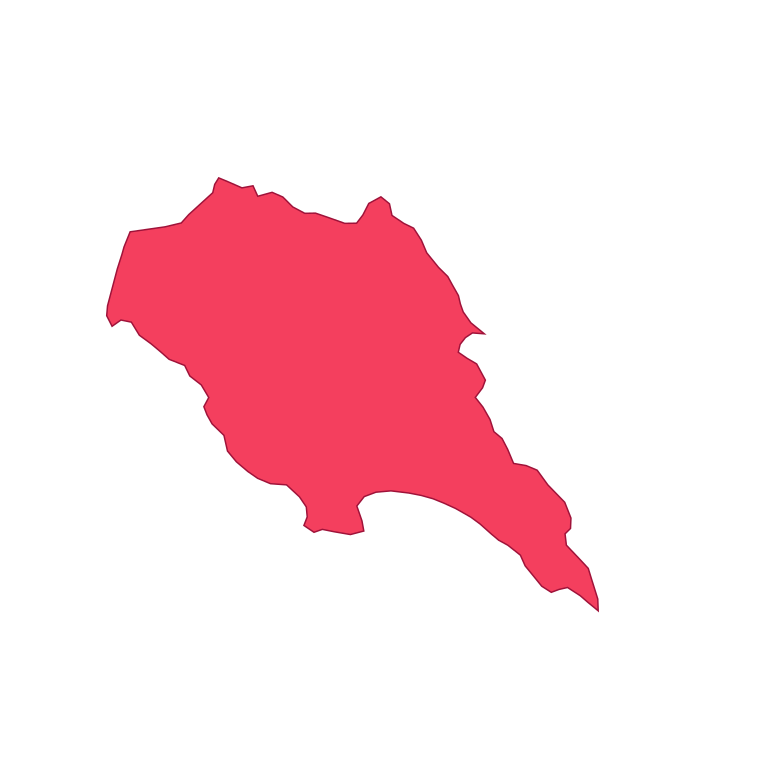 Garopaba, Santa Catarina, Brazil, rotated 118°
{"feature_id": "56859067B6248133710185", "entity_name": "Garopaba", "entity_type": "district", "adm_level": 2, "iso_a3": "BRA", "parent_name": "Brazil", "parent_adm1": "Santa Catarina", "projection": "equal_earth", "projection_center": [-48.655, -28.032], "detail": "fine", "context": "isolated", "style": "filled", "palette": "rose", "viewbox_px": 768, "rotation_deg": 118, "n_neighbors": 0, "source": "geoboundaries", "source_scale": "gbopen_adm2", "svg_char_len": 1669}
<svg xmlns="http://www.w3.org/2000/svg" viewBox="0 0 768 768"><g transform="rotate(118 384 384)"><path d="M453.9,660.9L460.7,651.2L451.0,646.3L448.0,636.1L455.8,622.9L457.9,608.3L460.4,596.6L463.1,585.3L461.2,568.7L468.1,559.2L470.6,544.9L478.2,532.4L488.6,532.4L494.3,525.8L499.9,517.1L504.5,501.2L516.7,490.7L522.0,477.8L525.2,463.1L526.6,451.2L525.3,437.4L518.8,422.7L523.3,405.7L529.0,394.9L537.4,389.4L546.5,388.3L547.8,376.2L541.3,370.2L537.9,358.8L532.7,343.0L523.3,332.8L515.2,339.2L504.5,350.7L492.7,348.6L483.3,340.3L475.1,327.7L468.6,310.9L464.9,298.8L462.3,286.9L461.1,275.4L460.3,262.5L460.8,244.8L462.5,233.4L466.0,219.1L468.1,209.3L468.2,199.1L471.1,183.2L478.3,174.0L482.9,163.0L488.5,149.8L489.4,138.5L483.2,133.0L477.5,126.4L478.8,111.3L481.1,101.3L483.7,88.4L473.5,94.3L464.9,103.0L458.4,109.6L450.9,117.1L446.4,130.2L440.7,147.3L431.3,153.8L424.0,151.5L414.6,156.0L403.6,168.9L396.2,191.9L388.2,208.3L389.3,220.2L393.3,232.3L383.6,244.2L376.7,254.2L374.5,264.6L365.6,273.7L358.0,285.7L353.0,297.1L341.1,295.2L333.0,296.3L322.8,311.6L322.3,322.9L321.1,333.3L313.3,335.4L304.8,333.9L297.4,329.9L292.6,319.0L289.2,336.0L283.2,347.9L277.5,354.1L271.0,359.8L264.4,370.2L259.2,378.1L255.4,390.7L248.1,407.9L239.5,418.5L232.5,431.0L232.9,441.9L231.4,456.1L222.3,463.8L220.2,474.6L231.7,482.2L244.7,482.0L254.9,483.7L260.6,494.1L263.2,511.6L265.3,524.7L270.5,534.1L270.5,547.7L266.4,561.1L267.3,572.8L277.5,583.6L270.5,592.7L277.5,601.5L278.6,615.9L279.6,626.7L287.2,627.2L295.5,625.0L326.0,635.9L337.0,638.6L348.1,651.2L368.8,679.6L384.9,677.9L392.7,676.2L407.6,673.5L444.8,664.8L453.9,660.9Z" fill="#f43f5e" stroke="#9f1239" stroke-width="1.5"/></g></svg>